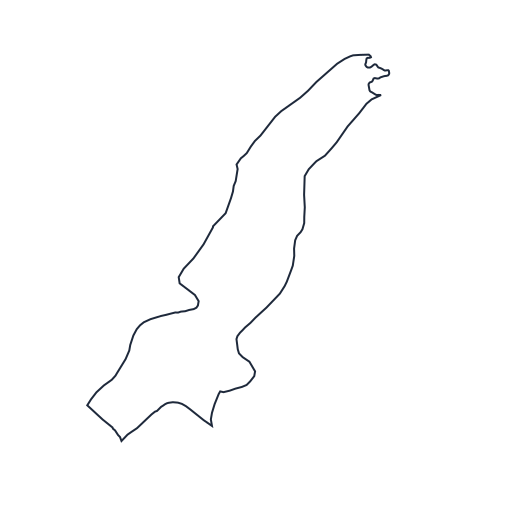 the district of San Juan Ixcoy, Huehuetenango, Guatemala, rotated 307°
{"feature_id": "79465075B73654259569509", "entity_name": "San Juan Ixcoy", "entity_type": "district", "adm_level": 2, "iso_a3": "GTM", "parent_name": "Guatemala", "parent_adm1": "Huehuetenango", "projection": "orthographic", "projection_center": [-91.344, 15.641], "detail": "fine", "context": "isolated", "style": "outline", "palette": "slate", "viewbox_px": 512, "rotation_deg": 307, "n_neighbors": 0, "source": "geoboundaries", "source_scale": "gbopen_adm2", "svg_char_len": 2615}
<svg xmlns="http://www.w3.org/2000/svg" viewBox="0 0 512 512"><g transform="rotate(307 256 256)"><path d="M459.8,259.0L458.3,256.8L457.3,255.7L456.9,254.6L456.8,253.7L456.5,250.0L456.3,249.2L456.2,248.1L456.7,246.9L460.3,243.0L461.0,242.5L461.9,242.4L463.0,242.4L463.9,243.0L464.8,243.6L465.7,243.7L466.9,243.5L468.5,243.1L469.5,243.7L469.9,244.4L470.5,245.7L471.0,246.5L472.0,247.4L473.1,247.7L474.1,248.2L475.0,248.9L476.2,249.7L477.4,250.7L478.5,251.9L479.8,252.8L480.9,252.8L481.6,252.7L482.3,252.3L483.1,251.4L483.8,250.7L484.0,249.9L483.3,249.0L482.3,248.0L481.7,247.4L481.4,246.1L481.4,245.0L481.2,243.5L480.9,242.3L480.7,241.6L480.2,240.3L480.4,239.3L480.7,238.5L481.1,237.3L481.1,236.5L480.4,235.3L479.6,235.0L478.5,234.7L477.4,234.5L476.4,234.2L475.1,233.6L474.6,232.9L473.8,231.9L473.6,230.6L473.9,229.4L474.2,228.6L474.9,227.9L476.1,227.6L477.0,227.3L478.8,226.2L480.3,225.5L481.3,225.8L482.8,227.6L483.9,228.2L484.5,227.4L484.6,226.4L484.7,224.9L479.1,217.9L474.7,212.8L472.2,211.1L466.8,208.2L458.4,205.1L431.3,199.5L419.2,198.1L408.9,196.0L387.0,189.0L378.8,187.5L354.8,187.1L347.3,185.9L340.4,186.0L332.6,186.7L328.5,186.0L324.9,185.1L317.4,185.4L314.4,189.0L303.6,194.7L298.6,196.0L293.6,198.8L287.2,201.2L271.9,206.0L253.9,203.8L252.9,204.4L233.8,207.1L216.5,207.5L202.4,205.9L192.6,207.0L188.2,211.5L188.1,230.7L185.4,237.4L184.2,238.0L181.5,239.4L178.8,239.5L176.1,238.2L172.7,235.1L169.3,232.7L166.4,229.5L163.9,227.8L162.3,225.5L154.3,219.1L150.9,216.2L142.1,209.8L135.6,206.3L130.9,205.1L125.8,204.8L118.7,205.9L109.3,209.1L104.2,211.7L95.2,213.9L78.5,215.5L75.8,215.8L70.3,215.3L61.1,212.4L51.1,210.6L42.3,210.5L35.2,211.1L33.1,232.0L32.7,244.6L32.0,245.7L31.9,248.4L30.0,253.6L29.6,256.3L27.3,259.9L36.0,260.9L40.9,262.5L42.3,263.0L46.9,264.6L66.6,267.9L70.9,269.0L72.7,270.2L78.5,271.0L80.5,271.8L83.0,272.6L84.8,273.5L86.1,274.5L89.2,277.6L91.9,281.9L93.3,285.8L93.9,290.4L93.9,295.8L93.4,313.1L93.8,323.1L98.3,318.3L104.3,315.2L112.8,312.1L123.2,309.3L126.3,308.9L127.7,312.0L132.7,316.1L137.7,319.4L142.9,323.5L147.3,326.1L152.4,326.8L159.0,326.9L163.3,324.7L167.6,314.4L167.2,306.2L168.0,301.0L170.5,297.6L177.9,290.4L180.8,289.4L185.2,289.4L188.5,289.9L192.4,290.3L199.1,291.8L206.6,292.7L221.0,295.4L240.3,297.7L249.2,297.0L253.9,296.1L265.2,292.8L270.4,291.2L279.1,286.5L284.9,281.9L292.2,277.8L296.9,276.7L301.9,277.3L305.3,277.0L311.3,274.7L316.3,271.0L324.2,265.7L333.8,257.6L349.1,246.8L357.1,245.9L365.9,246.9L368.1,247.2L377.6,250.7L388.0,251.6L395.4,252.0L414.7,251.2L432.1,252.5L444.1,252.6L450.7,254.1L459.8,259.0Z" fill="none" stroke="#1e293b" stroke-width="2"/></g></svg>